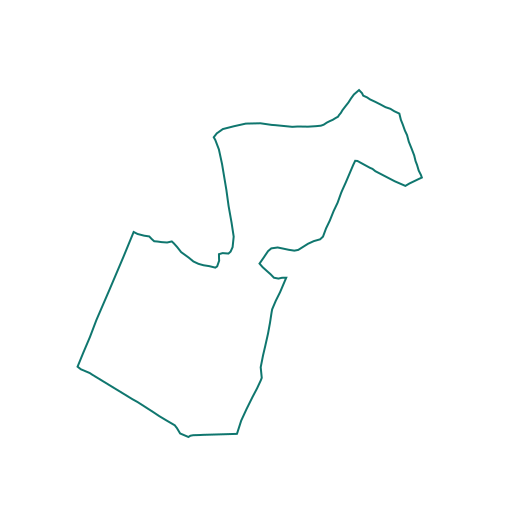 the district of Al-Qurna, Al-Basrah, Iraq, rotated 203°
{"feature_id": "34846034B80013069152420", "entity_name": "Al-Qurna", "entity_type": "district", "adm_level": 2, "iso_a3": "IRQ", "parent_name": "Iraq", "parent_adm1": "Al-Basrah", "projection": "natural_earth1", "projection_center": [47.414, 30.944], "detail": "fine", "context": "isolated", "style": "outline", "palette": "teal", "viewbox_px": 512, "rotation_deg": 203, "n_neighbors": 0, "source": "geoboundaries", "source_scale": "gbopen_adm2", "svg_char_len": 2286}
<svg xmlns="http://www.w3.org/2000/svg" viewBox="0 0 512 512"><g transform="rotate(203 256 256)"><path d="M341.3,348.8L338.7,346.8L331.8,339.6L323.2,327.4L309.0,305.1L300.7,291.2L291.5,277.1L284.1,265.1L281.0,255.0L281.1,250.1L282.3,247.5L287.9,245.6L290.8,243.2L289.3,239.8L288.1,237.3L287.7,231.3L288.9,229.4L295.1,228.4L300.6,227.0L303.5,226.6L305.9,226.3L311.5,226.5L317.2,228.2L322.4,229.4L326.4,230.3L332.0,233.4L336.7,235.6L339.2,236.5L343.1,233.7L348.3,231.9L352.1,230.9L355.5,229.8L358.7,230.9L361.9,232.3L366.9,231.0L373.6,230.0L378.0,230.3L377.9,221.2L377.7,203.6L377.7,194.5L377.7,167.8L377.9,134.7L377.2,116.5L377.2,99.4L377.0,84.4L373.0,83.3L363.2,83.3L360.6,82.8L313.8,75.9L308.1,75.3L289.3,72.1L282.5,70.8L274.6,69.7L268.3,68.9L264.5,68.4L263.4,67.7L261.7,66.8L258.0,64.1L256.5,63.0L254.0,63.0L250.8,63.0L249.5,63.0L247.5,63.0L246.2,64.9L243.8,66.5L238.5,68.9L234.6,70.8L228.7,73.5L204.1,84.8L204.1,85.6L205.3,98.7L204.9,111.5L204.1,125.1L203.3,134.6L203.0,143.2L203.1,146.1L208.2,155.4L210.7,167.3L212.3,176.6L214.6,189.2L217.0,199.9L219.5,209.7L220.3,213.2L220.3,222.5L219.7,232.1L219.7,239.2L219.7,247.2L219.7,247.8L223.6,246.1L226.5,244.0L231.0,243.0L235.5,244.9L240.0,246.4L241.4,246.9L245.5,248.3L249.8,250.4L248.2,258.0L247.8,260.2L246.8,265.2L244.9,269.0L239.4,272.3L234.5,273.3L228.3,274.5L222.8,275.9L219.5,278.1L212.9,287.6L208.6,292.3L203.5,296.4L201.9,300.0L202.3,308.8L201.9,317.4L202.1,327.6L201.7,336.9L202.3,347.4L202.3,350.1L202.1,358.6L202.1,369.1L202.1,377.6L201.9,382.4L199.8,383.1L192.7,382.4L185.5,381.7L182.8,381.7L179.3,380.7L157.4,379.0L145.9,378.9L143.1,382.7L139.5,386.8L136.7,390.0L134.0,393.0L135.8,395.0L139.6,398.2L143.3,402.7L146.2,405.7L149.7,410.4L154.8,415.7L160.0,420.9L164.2,426.3L168.0,429.7L172.4,434.5L175.8,437.9L179.7,443.1L185.3,443.3L189.8,444.0L195.0,443.6L200.4,444.1L206.4,444.5L212.2,444.7L215.8,445.4L220.0,445.5L222.0,447.3L226.0,449.0L229.0,442.9L230.1,438.2L230.9,433.4L232.1,429.0L233.4,424.0L233.8,420.9L234.7,417.9L234.9,416.3L236.7,414.0L238.6,411.3L240.6,409.2L242.9,406.5L245.0,403.3L247.2,401.3L251.4,399.0L258.6,395.4L268.2,391.5L273.0,389.1L284.2,385.6L289.3,384.0L292.8,382.8L303.8,379.9L317.1,373.9L326.9,366.9L336.1,359.9L340.0,353.6L341.3,348.8Z" fill="none" stroke="#0f766e" stroke-width="2"/></g></svg>